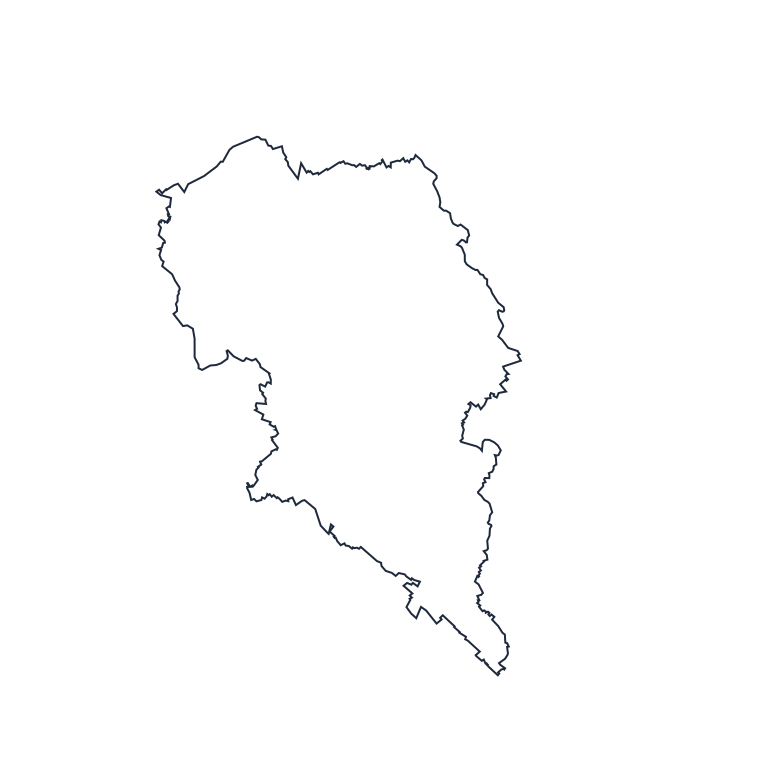 Si Prachan, Suphan Buri, Thailand (Equal Earth projection), rotated 139°
{"feature_id": "78962969B29748545186398", "entity_name": "Si Prachan", "entity_type": "district", "adm_level": 2, "iso_a3": "THA", "parent_name": "Thailand", "parent_adm1": "Suphan Buri", "projection": "equal_earth", "projection_center": [100.149, 14.651], "detail": "fine", "context": "isolated", "style": "outline", "palette": "slate", "viewbox_px": 768, "rotation_deg": 139, "n_neighbors": 0, "source": "geoboundaries", "source_scale": "gbopen_adm2", "svg_char_len": 6153}
<svg xmlns="http://www.w3.org/2000/svg" viewBox="0 0 768 768"><g transform="rotate(139 384 384)"><path d="M480.3,97.9L473.0,97.2L468.6,98.5L467.1,99.5L463.6,104.8L462.1,104.0L461.1,107.7L462.1,109.2L457.2,115.6L457.8,118.7L456.6,126.4L457.0,135.2L453.5,135.9L454.1,139.5L456.4,139.5L456.4,141.7L454.6,142.1L454.9,144.0L457.2,144.6L456.5,145.4L456.9,147.4L458.7,147.9L458.4,153.7L456.7,153.7L457.4,157.6L455.5,157.6L455.0,159.2L453.9,158.4L452.6,162.8L449.0,161.1L446.4,161.4L444.1,170.7L445.0,175.2L439.5,177.9L439.3,176.4L438.4,176.5L438.4,177.4L436.1,178.0L435.8,179.9L433.2,179.7L432.8,183.0L430.4,182.7L430.5,184.1L424.9,184.4L424.8,185.1L421.2,183.6L418.6,187.6L418.4,192.4L415.6,191.2L413.6,191.5L408.9,198.0L403.9,200.3L398.9,205.4L396.1,206.3L395.6,207.4L396.8,209.8L396.6,211.3L394.1,211.9L390.2,215.4L386.5,216.2L382.8,224.5L383.0,227.1L384.3,230.6L383.9,235.8L384.5,239.6L384.0,240.8L376.1,241.8L374.4,244.3L371.8,243.3L371.0,246.3L369.6,246.9L366.3,243.9L364.3,245.9L363.4,248.0L359.9,246.8L357.1,247.9L355.2,250.0L352.0,249.5L347.9,255.1L347.0,257.6L345.6,255.8L344.0,255.3L339.4,257.3L338.4,263.0L339.1,267.7L341.2,272.8L344.6,275.8L347.5,275.4L353.9,269.4L353.8,272.4L354.9,276.0L363.7,289.6L363.6,291.0L360.3,291.1L358.9,293.7L353.7,297.2L352.2,301.6L351.1,301.4L350.9,303.2L348.8,302.4L348.7,304.8L345.5,304.4L341.9,305.5L341.7,309.2L340.2,309.2L339.2,307.8L334.5,309.5L332.6,311.1L333.4,313.5L330.7,313.5L329.4,306.6L326.4,306.7L327.5,301.5L321.6,302.4L316.3,304.9L316.5,306.0L312.8,303.4L311.4,306.0L309.3,307.0L307.6,304.0L309.1,303.1L307.8,299.8L303.4,302.0L296.8,298.2L296.5,307.6L289.5,307.6L289.5,306.1L287.5,306.1L287.4,310.1L284.9,310.9L283.5,309.9L283.8,315.9L282.7,319.0L265.4,311.8L264.3,318.1L262.1,317.6L261.5,321.2L266.6,329.8L265.9,339.9L266.6,345.0L256.2,349.3L255.1,351.6L253.8,358.5L250.7,364.0L248.8,364.3L247.4,361.0L246.0,360.3L244.9,360.7L243.3,363.5L244.5,370.4L242.8,381.7L241.3,385.5L241.2,391.1L237.5,395.3L238.5,397.9L237.7,401.2L239.3,403.7L238.6,408.8L240.1,410.0L241.5,413.4L243.1,420.0L242.5,423.6L238.2,428.6L235.8,435.6L235.8,437.6L237.5,441.3L230.7,441.8L229.6,440.0L229.2,437.0L228.4,436.5L224.9,439.7L222.3,440.2L219.8,445.2L221.6,454.1L224.6,454.8L226.4,459.0L226.4,460.9L224.9,465.1L222.1,469.5L223.4,474.1L225.1,475.5L225.9,481.2L222.2,484.3L219.7,488.3L217.4,494.6L215.5,502.8L213.4,504.3L209.3,504.8L207.7,506.6L207.7,510.0L210.6,521.3L209.0,528.3L210.0,536.1L212.9,534.7L214.7,534.6L215.9,536.1L219.6,534.8L219.6,537.4L222.2,537.8L221.3,541.8L225.7,541.7L227.3,543.7L233.6,546.6L236.8,543.1L237.5,545.6L240.0,545.8L237.9,554.4L238.8,554.4L238.8,553.1L242.6,552.4L242.8,553.8L248.9,554.9L251.6,557.6L251.9,556.9L253.3,557.4L253.7,555.9L254.9,556.2L255.3,557.5L256.6,558.1L255.2,558.2L254.8,561.6L257.3,563.2L257.8,565.9L262.6,566.1L262.9,568.7L264.4,569.9L266.8,574.5L268.7,575.6L268.4,578.7L271.8,579.4L271.8,580.3L273.2,580.7L286.0,582.5L286.0,583.9L295.8,585.1L295.3,586.8L300.0,588.8L300.0,593.0L301.4,593.1L301.5,594.5L303.7,594.3L301.7,605.0L314.3,595.4L313.0,611.5L311.0,614.6L311.0,618.5L309.0,619.2L308.2,624.8L305.1,630.4L313.7,634.2L313.1,637.8L314.9,639.8L313.2,646.2L316.2,649.2L316.4,652.1L317.6,653.9L342.3,662.1L347.0,662.1L359.9,657.5L361.4,658.9L367.4,657.9L383.4,659.0L400.7,663.3L408.8,659.9L408.1,670.3L412.4,671.9L420.8,673.1L420.7,673.9L426.3,673.5L426.3,678.2L429.6,678.5L428.6,673.1L422.7,664.1L429.4,658.1L429.9,659.1L432.9,659.4L434.9,653.2L435.8,653.9L436.7,652.2L435.5,650.4L437.5,648.9L437.7,650.0L441.0,648.9L440.1,648.1L441.7,647.8L442.5,649.9L443.3,649.9L442.9,651.3L444.6,653.7L446.3,652.4L446.8,653.9L449.4,652.5L449.7,648.4L456.4,644.1L455.6,636.2L456.6,634.4L458.1,635.3L462.2,632.7L465.5,634.0L464.3,631.4L469.0,628.5L470.6,623.7L470.0,621.0L474.1,618.5L471.9,605.8L473.9,599.1L475.0,591.3L476.1,589.4L478.3,588.7L479.5,586.8L481.9,586.1L485.3,582.1L488.6,580.9L490.0,577.6L492.5,574.8L496.9,575.0L497.7,559.6L494.0,557.3L492.0,551.1L497.1,542.6L509.4,528.4L511.3,520.3L513.6,517.5L512.0,513.9L502.9,511.9L498.2,508.4L493.2,506.5L485.6,505.8L483.2,507.9L481.2,512.1L479.8,511.9L479.3,503.4L475.7,494.2L474.2,493.3L471.0,494.0L468.2,488.2L464.3,487.1L464.7,480.3L466.1,477.9L463.5,467.2L464.1,467.3L466.5,461.6L469.2,458.6L470.1,461.1L471.1,461.9L475.4,460.0L477.3,464.8L478.7,464.9L481.7,460.5L481.0,456.7L482.5,456.3L482.8,450.5L484.6,449.1L486.1,446.3L492.8,453.2L495.1,451.8L496.1,448.5L498.4,448.9L495.1,440.1L499.3,437.5L494.6,429.6L496.8,428.5L495.3,424.1L493.9,423.7L495.3,420.1L495.9,420.4L495.4,419.5L496.4,416.0L500.2,415.7L504.0,417.6L504.5,415.2L505.3,415.2L506.0,405.5L508.1,404.6L508.4,405.7L513.2,407.0L515.2,405.5L527.0,405.8L528.5,406.7L529.5,403.7L533.4,404.2L533.4,403.3L536.6,403.0L540.8,399.8L542.2,394.4L549.2,392.7L550.1,392.7L550.0,393.9L551.2,394.0L551.3,393.3L552.4,394.1L551.8,398.6L552.4,398.8L553.4,394.9L554.9,396.1L555.7,395.0L556.8,390.3L560.3,383.6L557.5,382.5L557.2,379.1L552.7,376.9L550.4,378.4L549.4,375.8L546.2,376.2L544.3,377.5L544.0,375.8L542.5,375.8L542.7,372.6L540.2,372.6L539.8,368.2L538.6,368.3L538.2,366.3L538.1,361.8L534.6,360.5L533.1,358.3L531.9,359.9L527.5,358.3L529.9,350.4L522.3,349.6L520.1,348.4L517.9,334.8L524.7,318.6L524.3,308.7L524.1,307.2L516.2,312.8L515.7,309.6L521.8,308.3L521.0,301.8L522.2,301.7L522.2,300.0L521.3,299.7L522.4,295.9L522.4,290.7L518.4,289.7L518.9,287.2L516.9,284.9L516.1,280.7L514.6,281.1L514.3,279.7L511.9,278.3L510.9,276.0L508.4,276.2L505.5,255.0L503.5,251.0L505.3,248.3L505.3,241.8L502.0,236.3L501.1,231.5L496.8,231.6L493.2,226.6L493.4,224.3L492.1,218.4L490.5,219.1L489.8,216.2L486.6,211.3L491.4,209.2L492.7,215.0L495.0,214.6L497.1,218.7L501.6,218.9L500.0,207.3L503.3,207.5L503.1,204.5L505.6,205.1L505.8,203.8L513.4,200.9L514.1,193.0L513.3,186.1L502.3,191.5L500.8,185.3L501.5,168.7L495.0,168.5L495.0,170.7L491.4,170.9L489.7,154.7L490.6,154.5L489.6,147.1L490.3,146.9L488.0,139.4L490.2,138.1L489.1,135.3L487.3,119.2L492.7,119.2L492.9,118.3L491.8,110.9L489.5,110.6L490.7,106.7L489.9,106.2L489.9,104.5L490.6,104.9L490.5,101.8L489.2,89.5L487.0,89.9L487.1,91.5L482.7,91.5L480.7,90.7L480.6,89.6L479.1,90.0L480.5,95.9L480.3,97.9Z" fill="none" stroke="#1e293b" stroke-width="2"/></g></svg>